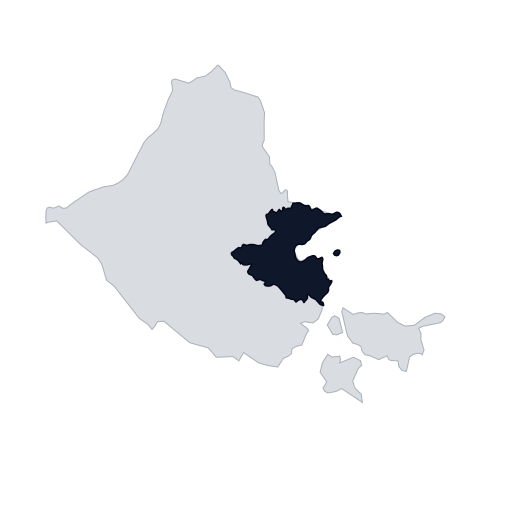 Pärnu highlighted on a map of Estonia, rotated 220°
{"feature_id": "EST-2346", "entity_name": "Pärnu", "entity_type": "County", "adm_level": 1, "iso_a3": "EST", "parent_name": "Estonia", "parent_adm1": "", "projection": "albers", "projection_center": [24.54, 58.305], "detail": "fine", "context": "in_parent", "style": "filled", "palette": "ink", "viewbox_px": 512, "rotation_deg": 220, "n_neighbors": 0, "source": "natural_earth", "source_scale": "10m", "svg_char_len": 6016}
<svg xmlns="http://www.w3.org/2000/svg" viewBox="0 0 512 512"><g transform="rotate(220 256 256)"><path d="M408.1,377.6L406.5,377.9L397.7,376.8L387.8,372.4L383.5,369.0L379.3,369.2L374.3,371.7L356.5,379.1L352.0,377.6L341.5,371.2L336.1,364.1L324.2,350.0L323.1,346.6L321.6,343.9L309.2,340.5L304.5,335.3L300.7,334.6L295.1,332.1L280.6,320.9L277.0,319.9L276.2,321.8L276.4,324.5L275.6,326.1L273.7,326.0L270.3,321.9L266.3,318.2L254.0,325.2L249.5,327.1L245.5,327.5L225.8,336.7L219.8,341.5L217.3,341.0L217.9,336.4L226.1,313.4L227.6,295.1L230.6,292.6L231.4,290.1L230.2,284.2L221.8,280.5L218.3,281.0L215.3,287.3L212.1,291.8L204.6,294.5L198.2,289.7L183.3,283.2L179.6,274.7L178.8,266.1L171.0,257.8L167.9,248.0L169.3,241.3L176.5,236.9L178.6,233.1L169.6,233.5L167.8,232.6L167.4,229.1L163.7,217.2L167.2,212.5L168.8,208.0L166.1,204.1L166.9,199.7L169.2,195.3L168.0,184.9L176.8,179.6L185.4,175.8L203.5,174.0L201.7,164.6L209.0,164.2L221.3,152.9L233.5,154.9L251.0,147.0L284.7,146.8L289.2,142.3L288.4,137.8L288.4,132.9L294.7,134.2L305.3,133.2L345.2,141.7L354.9,141.4L368.8,150.6L376.2,152.8L397.7,152.0L431.1,154.8L437.3,147.9L437.9,146.2L441.2,149.7L445.6,155.3L446.8,158.6L445.6,160.7L441.7,162.6L440.8,164.4L439.2,167.6L434.6,168.4L432.2,170.8L429.9,180.9L425.1,197.6L417.5,210.6L411.2,217.8L408.5,223.2L406.9,229.6L406.8,236.0L414.7,270.6L414.9,276.9L413.7,283.5L412.9,290.1L414.0,295.8L418.7,305.4L423.9,319.8L426.1,329.0L429.3,332.2L432.4,334.6L433.1,336.2L433.0,337.8L431.6,339.7L418.7,345.2L417.1,349.4L415.9,354.1L410.5,361.2L408.9,367.6L408.2,374.9L408.1,377.6ZM113.3,251.2L117.6,254.2L121.6,253.4L125.7,251.5L134.5,253.6L154.3,268.3L156.1,272.2L144.0,273.7L141.2,278.1L138.2,281.1L134.8,282.0L128.8,288.0L120.7,293.7L119.0,297.2L104.7,296.2L96.7,298.2L90.2,304.6L87.2,317.3L82.2,327.1L77.3,330.5L72.3,330.9L71.3,327.1L71.9,323.4L82.8,309.7L85.1,305.2L80.0,302.9L75.9,297.9L66.7,291.8L65.2,287.1L67.4,286.9L69.6,285.6L72.2,281.8L73.5,277.4L66.6,264.2L70.5,262.3L75.2,263.0L79.9,266.9L85.4,262.7L87.7,262.1L91.4,263.8L95.5,255.4L104.5,252.9L109.0,250.4L113.3,251.2ZM132.6,227.5L127.5,233.2L124.6,230.8L123.1,228.0L116.3,241.0L108.9,243.0L104.8,240.3L105.3,235.4L101.6,222.4L95.4,218.4L86.6,217.8L80.4,212.2L105.1,209.5L107.8,203.4L113.0,197.2L116.8,196.6L119.9,198.1L120.4,203.1L121.1,205.1L132.2,208.2L136.4,216.7L137.8,226.8L132.6,227.5ZM157.5,260.6L152.4,261.7L140.5,253.1L143.4,247.5L146.9,245.3L157.1,249.0L158.4,257.6L157.5,260.6Z" fill="#d9dde1" stroke="#a8b0b8" stroke-width="1"/><path d="M261.6,320.0L257.9,323.9L256.3,325.0L251.5,325.7L250.0,326.7L248.7,327.9L248.1,328.5L246.5,328.3L244.8,327.2L242.9,326.7L242.0,328.0L240.8,331.2L239.9,332.0L236.1,332.4L233.5,332.2L231.7,332.0L230.5,332.3L227.2,335.3L224.7,336.6L223.9,337.5L222.9,340.3L222.2,341.5L220.7,342.3L219.0,342.4L216.2,341.3L216.9,340.2L217.4,339.1L217.6,337.8L217.8,336.4L218.0,335.1L221.0,327.7L222.0,323.1L225.0,319.4L226.1,317.4L226.1,311.7L226.6,309.1L226.7,307.7L226.4,306.4L225.9,305.3L225.6,304.1L225.6,302.8L226.4,300.3L226.4,299.0L226.4,297.7L226.6,296.4L227.9,294.6L229.7,293.4L231.4,291.9L232.1,289.2L231.5,286.6L230.2,284.7L225.0,280.5L222.4,279.4L219.9,279.2L217.7,280.2L217.1,281.2L216.3,282.6L215.8,284.1L215.6,285.5L215.5,287.3L215.2,288.4L213.3,291.8L212.5,292.9L211.6,293.6L210.5,293.9L208.3,293.3L207.1,293.3L206.1,294.3L204.9,297.0L204.4,297.4L203.3,297.0L202.6,296.3L200.8,293.0L198.0,290.4L196.3,288.3L192.2,286.5L189.8,286.3L188.6,285.7L188.3,285.4L187.6,284.3L187.3,284.0L186.8,284.0L186.4,284.3L186.0,284.7L185.6,284.9L185.0,284.6L184.4,284.1L183.8,283.9L183.3,284.4L182.9,285.1L182.5,285.6L182.1,285.7L181.6,285.3L181.2,284.3L180.9,282.9L180.7,281.5L180.6,280.4L180.3,278.6L179.6,277.7L178.8,277.0L178.2,275.9L177.8,274.4L177.8,273.2L178.2,270.3L178.3,266.8L178.1,263.9L177.1,262.5L175.4,263.4L174.6,263.3L173.4,262.5L172.4,261.5L172.4,261.4L175.5,260.2L176.4,260.2L182.3,261.1L187.0,259.9L191.8,260.4L191.8,259.5L191.6,259.2L189.5,256.8L189.3,255.0L189.3,254.3L189.5,253.6L189.5,253.1L189.5,252.7L189.4,252.3L189.2,251.6L189.4,251.2L190.0,251.3L191.7,252.2L192.7,252.2L193.7,251.6L195.0,249.8L195.4,248.5L195.5,247.4L195.7,246.7L196.2,246.4L198.2,247.0L199.2,246.9L201.6,245.4L203.2,244.9L206.0,243.4L207.8,244.9L215.3,246.4L220.1,247.1L223.2,246.3L224.1,245.8L224.7,245.2L224.9,244.8L225.3,243.3L225.7,242.5L226.1,242.0L228.0,240.2L229.9,239.3L230.6,239.4L231.6,239.7L231.8,240.1L231.7,240.8L231.7,241.5L232.4,242.3L233.2,242.3L235.2,241.4L237.8,240.8L240.0,237.6L242.1,237.7L245.9,238.7L247.4,238.5L248.9,237.8L250.1,237.7L251.6,238.1L252.3,238.7L252.6,239.4L252.8,241.3L253.4,244.0L253.6,245.7L253.8,246.8L255.1,246.3L257.2,243.4L258.2,242.5L259.4,241.5L260.3,241.1L260.7,241.1L261.7,241.4L262.4,241.3L262.6,241.2L262.7,240.2L266.8,241.1L268.7,241.0L271.1,240.4L273.2,241.1L275.1,241.2L276.2,241.8L276.8,242.5L276.8,243.1L276.6,243.8L276.2,244.5L276.0,245.2L275.8,246.8L274.8,251.2L273.2,252.1L272.7,252.9L272.6,253.7L272.9,254.5L273.2,255.4L273.2,256.6L272.6,257.1L270.2,258.0L269.3,258.9L268.5,260.2L267.7,261.2L265.2,263.2L261.0,265.2L258.8,267.7L258.3,268.7L258.4,269.0L259.2,270.5L259.5,271.8L259.5,274.7L257.8,276.0L257.5,277.5L257.7,280.1L257.3,282.6L256.4,286.3L257.2,287.7L257.5,288.1L258.6,288.3L260.5,286.4L261.4,286.5L261.8,286.9L266.7,287.8L267.5,288.2L270.0,290.4L273.7,292.8L274.4,293.5L274.7,294.6L273.6,295.9L273.6,296.5L273.7,297.5L273.8,301.6L273.5,302.1L273.2,302.2L272.8,301.6L272.1,301.1L268.7,302.0L268.2,302.6L267.8,303.5L267.9,304.5L268.2,305.4L268.1,306.4L267.9,306.7L267.4,306.6L266.9,306.3L266.1,306.2L265.3,307.1L265.0,307.8L265.0,308.4L265.3,308.8L265.9,309.2L266.1,309.5L266.4,310.1L266.3,310.9L265.8,311.1L264.9,311.1L264.0,310.8L263.1,311.0L262.7,311.5L262.6,312.1L262.3,313.0L261.7,313.6L260.6,314.3L260.1,315.0L260.0,315.7L260.4,316.3L260.6,316.8L260.7,317.4L260.8,318.1L260.9,318.7L261.1,319.2L261.6,320.0L261.6,320.0ZM193.8,312.4L193.5,309.5L194.6,307.9L196.4,307.2L198.2,307.7L198.7,310.5L197.5,313.0L195.5,314.0L193.8,312.4Z" fill="#0f172a" stroke="#020617" stroke-width="1.5"/></g></svg>